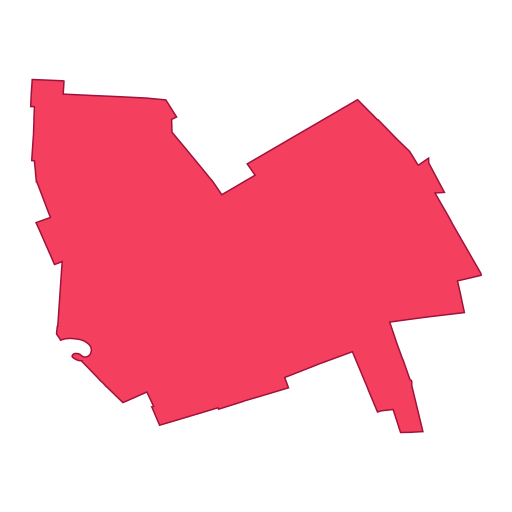 outline of Scortaru Nou, Braila, Romania
{"feature_id": "2599482B5642728949351", "entity_name": "Scortaru Nou", "entity_type": "district", "adm_level": 2, "iso_a3": "ROU", "parent_name": "Romania", "parent_adm1": "Braila", "projection": "equal_earth", "projection_center": [27.599, 45.348], "detail": "fine", "context": "isolated", "style": "filled", "palette": "rose", "viewbox_px": 512, "rotation_deg": 0, "n_neighbors": 0, "source": "geoboundaries", "source_scale": "gbopen_adm2", "svg_char_len": 2326}
<svg xmlns="http://www.w3.org/2000/svg" viewBox="0 0 512 512"><path d="M422.9,431.6L417.9,410.9L416.0,403.1L411.9,386.1L411.8,385.1L411.8,381.8L411.6,380.9L411.3,380.4L410.9,380.2L410.5,380.1L410.4,380.1L410.2,380.0L410.1,379.8L410.0,379.6L403.0,359.7L402.8,359.3L402.6,359.1L397.3,344.6L389.7,322.1L406.2,319.8L423.4,317.5L429.0,316.8L448.3,314.5L460.9,313.0L464.4,312.6L460.0,291.9L459.6,290.2L457.5,280.9L481.1,275.3L481.3,274.9L480.6,272.9L465.4,246.4L457.5,232.7L452.4,223.8L452.0,223.1L451.9,222.7L448.8,217.0L441.9,205.0L435.0,193.0L444.4,192.4L428.8,163.1L428.6,158.1L418.5,165.1L417.8,164.7L409.7,151.5L397.3,139.5L393.5,135.6L378.7,120.4L378.3,119.9L377.6,119.9L357.9,100.0L357.5,99.7L288.2,140.0L247.2,163.9L255.1,175.2L221.8,194.7L214.2,183.6L214.0,183.3L211.9,180.4L211.8,180.5L205.1,172.2L194.4,159.2L185.1,147.9L184.9,147.7L172.0,132.2L171.6,119.4L176.6,117.0L165.8,99.9L148.8,98.3L147.8,98.2L147.2,98.1L141.3,97.8L117.4,96.6L103.9,96.0L90.2,95.4L88.3,95.3L84.0,95.1L63.2,94.1L64.0,81.1L63.3,80.8L32.2,79.5L32.0,83.1L31.3,93.0L30.7,106.6L34.4,106.7L33.9,119.8L34.0,120.4L33.5,133.7L33.5,134.0L32.6,147.1L32.6,147.3L31.7,160.6L34.4,160.8L35.4,171.0L35.4,172.0L36.4,181.9L36.8,181.8L45.7,205.1L48.3,212.0L49.8,215.8L50.4,217.5L46.2,219.0L36.0,222.6L38.8,228.7L45.1,243.0L45.9,244.9L51.0,256.4L54.5,264.5L57.6,263.4L62.2,261.6L61.2,275.7L60.1,291.7L58.1,321.1L57.7,326.4L57.3,326.4L56.5,333.7L56.7,334.3L60.0,339.0L60.5,340.2L65.1,338.8L70.5,338.4L72.9,338.6L78.2,339.2L80.9,339.8L84.2,341.0L86.1,342.2L87.6,343.3L89.1,344.6L89.5,345.1L90.0,345.6L91.2,348.2L91.4,350.6L90.6,353.4L89.6,355.1L87.4,356.6L86.1,357.0L84.2,357.0L82.2,356.2L81.0,355.2L79.9,354.3L78.2,353.7L75.9,353.4L74.1,353.7L72.9,354.6L72.3,355.4L72.1,356.6L73.3,357.9L75.3,359.1L76.7,359.8L78.2,360.4L79.7,360.7L82.2,360.9L82.1,361.7L85.5,365.1L97.4,377.4L100.3,380.6L103.2,383.2L104.1,384.2L106.4,386.8L107.0,387.0L107.6,387.7L122.9,402.6L123.1,402.5L128.2,400.3L146.9,392.0L153.6,406.3L151.7,406.9L151.9,407.1L155.7,416.1L159.6,425.2L181.5,418.7L217.9,407.8L218.6,409.2L243.3,401.4L243.4,401.2L261.5,395.9L288.5,387.8L284.7,377.5L318.7,364.1L352.4,351.7L367.7,388.3L368.3,390.0L377.5,412.0L381.4,410.8L393.1,409.5L398.1,424.8L399.1,428.1L400.6,432.5L410.8,432.3L412.2,432.2L422.9,431.6Z" fill="#f43f5e" stroke="#9f1239" stroke-width="1.5"/></svg>